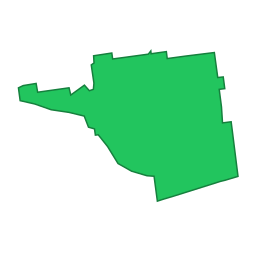 Floyd, Georgia, United States of America (orthographic projection), rotated 262°
{"feature_id": "52423323B2817589599691", "entity_name": "Floyd", "entity_type": "district", "adm_level": 2, "iso_a3": "USA", "parent_name": "United States of America", "parent_adm1": "Georgia", "projection": "orthographic", "projection_center": [-85.181, 34.333], "detail": "fine", "context": "isolated", "style": "filled", "palette": "green", "viewbox_px": 256, "rotation_deg": 262, "n_neighbors": 0, "source": "geoboundaries", "source_scale": "gbopen_adm2", "svg_char_len": 789}
<svg xmlns="http://www.w3.org/2000/svg" viewBox="0 0 256 256"><g transform="rotate(262 128 128)"><path d="M204.3,104.0L197.1,103.4L195.6,100.4L177.2,100.5L171.1,99.1L170.3,94.9L176.5,90.8L168.6,75.9L176.0,75.2L176.0,43.5L184.9,43.2L184.6,30.1L183.0,25.1L170.1,25.0L164.8,38.9L156.8,54.4L151.7,71.7L145.9,86.3L134.3,89.0L131.8,94.7L125.5,94.7L125.4,97.6L112.5,105.2L94.2,113.2L84.7,125.6L78.1,140.1L76.6,147.1L51.5,146.9L52.7,153.8L52.9,155.3L53.7,160.5L53.8,161.4L62.3,212.3L62.7,216.6L64.8,230.2L111.3,230.9L119.8,231.0L119.9,222.3L135.9,223.5L153.6,223.7L153.5,229.3L165.3,229.4L165.5,223.9L190.7,224.0L191.2,195.2L191.3,176.5L198.3,176.6L198.3,161.2L201.1,161.3L198.3,158.4L198.4,134.6L198.5,122.4L204.5,122.4L204.3,104.0Z" fill="#22c55e" stroke="#15803d" stroke-width="1.5"/></g></svg>